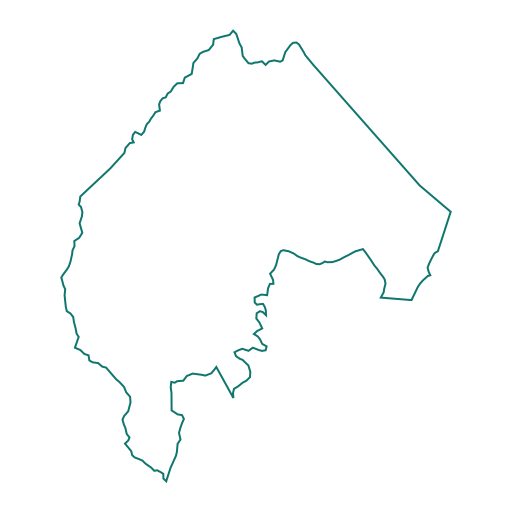 the district of Paranaguá, Paraná, Brazil
{"feature_id": "56859067B59614170446294", "entity_name": "Paranaguá", "entity_type": "district", "adm_level": 2, "iso_a3": "BRA", "parent_name": "Brazil", "parent_adm1": "Paraná", "projection": "equal_earth", "projection_center": [-48.534, -25.55], "detail": "fine", "context": "isolated", "style": "outline", "palette": "teal", "viewbox_px": 512, "rotation_deg": 0, "n_neighbors": 0, "source": "geoboundaries", "source_scale": "gbopen_adm2", "svg_char_len": 3151}
<svg xmlns="http://www.w3.org/2000/svg" viewBox="0 0 512 512"><path d="M80.3,196.5L79.7,201.3L78.7,204.6L81.0,207.0L82.4,212.2L81.9,216.4L79.6,223.3L82.3,232.8L79.2,237.8L74.3,241.0L74.5,246.2L72.5,250.4L72.1,254.4L71.3,257.8L70.5,261.5L68.8,266.5L66.9,269.5L62.9,274.9L61.3,277.6L62.4,281.4L63.4,285.4L65.2,289.2L64.6,295.2L65.2,301.1L65.8,306.8L66.8,311.2L70.5,313.5L73.2,317.0L74.0,322.3L75.5,327.9L76.6,333.7L78.7,336.9L74.9,347.7L80.3,350.0L84.4,354.0L88.5,355.3L89.4,360.5L92.6,362.3L98.2,363.1L102.2,366.6L106.1,367.6L116.1,379.2L119.5,382.1L124.0,386.9L126.2,392.3L130.1,396.8L130.5,402.5L128.2,411.3L124.2,415.9L122.5,419.6L123.8,424.3L125.5,428.4L126.7,433.9L129.5,437.5L128.2,440.6L125.0,443.6L131.2,451.1L132.2,455.2L134.8,457.5L138.5,458.9L142.5,460.6L145.1,463.3L148.0,465.4L151.1,467.5L154.3,470.8L157.2,470.3L160.6,472.1L163.3,473.8L163.4,478.5L166.2,481.3L170.5,467.9L176.0,455.7L176.9,451.9L177.6,443.8L180.5,439.5L179.0,432.9L180.2,428.4L181.9,423.5L183.9,419.0L182.0,415.1L177.7,414.4L171.6,410.4L171.5,393.0L170.7,387.3L171.3,381.9L174.7,382.7L177.2,381.2L183.3,380.7L186.8,376.0L192.7,373.6L201.8,374.8L205.3,375.6L211.3,373.3L214.0,370.1L216.3,367.0L233.4,398.0L233.0,393.1L234.0,388.8L238.1,386.4L242.6,382.7L246.4,380.7L250.0,377.1L250.3,371.8L248.4,365.5L242.5,359.8L239.8,358.8L236.0,356.1L234.5,352.3L238.3,350.3L242.3,348.8L248.5,350.8L252.8,347.7L258.7,350.0L261.9,350.9L265.6,350.3L266.6,346.4L262.2,343.9L259.9,339.1L257.7,336.4L253.9,334.0L257.1,331.1L262.2,328.4L259.4,322.5L256.3,318.5L256.7,313.3L259.9,311.2L262.8,312.1L266.0,315.2L265.8,310.3L264.8,307.0L263.0,303.9L259.7,304.2L257.0,304.7L254.7,302.5L254.6,297.5L258.6,295.8L261.2,294.6L264.1,294.8L267.1,295.2L268.1,288.2L269.9,283.9L273.4,283.8L273.1,280.0L270.1,273.7L274.1,269.5L276.1,265.0L278.8,254.3L280.8,251.1L283.4,250.2L289.1,251.4L294.1,253.7L297.2,256.0L300.4,257.5L305.4,259.3L309.0,261.1L313.7,262.7L316.3,264.0L319.6,264.2L322.4,263.1L324.8,261.5L327.4,262.2L332.4,262.1L335.6,261.1L339.4,259.8L344.5,257.0L348.2,255.2L355.1,251.4L362.9,249.1L365.4,252.2L370.7,259.8L374.3,265.4L377.0,268.6L380.3,273.3L382.9,276.6L384.7,279.5L385.5,283.7L384.2,288.8L383.6,292.5L380.8,297.6L411.5,300.1L417.8,287.0L419.9,283.8L422.7,280.6L424.9,278.6L427.8,276.0L430.3,275.3L428.6,271.6L427.6,267.5L429.3,263.2L431.2,259.3L433.0,255.8L434.6,253.1L437.9,251.2L450.7,211.8L419.8,185.6L313.3,64.9L305.3,55.2L303.8,52.3L299.0,44.5L296.4,42.5L292.9,42.9L290.4,45.2L285.3,52.1L282.7,60.3L280.2,61.7L274.3,60.4L269.0,61.5L265.6,64.9L261.9,61.3L257.7,62.4L254.6,62.6L251.9,63.7L248.5,63.2L244.8,58.8L242.7,55.9L241.7,47.6L239.3,43.1L237.7,38.1L236.2,33.8L233.1,30.7L229.6,34.9L221.8,36.8L213.8,39.1L213.1,44.7L208.8,50.0L202.7,52.0L199.7,53.8L197.3,58.5L193.4,63.0L192.7,67.8L191.7,73.9L184.8,77.6L183.0,83.1L177.3,83.3L173.7,86.7L170.8,91.5L167.7,93.5L165.7,97.4L162.7,98.3L160.3,101.2L159.1,104.4L159.9,110.6L155.4,112.2L153.3,115.6L150.9,118.7L149.3,121.6L146.8,124.2L145.3,127.8L144.1,131.7L141.3,134.9L135.2,131.9L133.0,134.7L132.1,139.2L133.7,142.4L129.8,143.1L125.5,148.0L124.4,152.9L110.3,168.4L80.3,196.5Z" fill="none" stroke="#0f766e" stroke-width="2"/></svg>